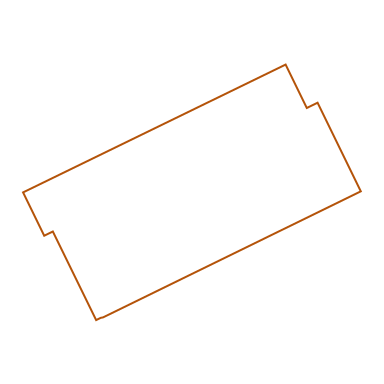 the district of Eddy, North Dakota, United States of America, rotated 154°
{"feature_id": "52423323B20862519958454", "entity_name": "Eddy", "entity_type": "district", "adm_level": 2, "iso_a3": "USA", "parent_name": "United States of America", "parent_adm1": "North Dakota", "projection": "mercator", "projection_center": [-98.866, 47.717], "detail": "fine", "context": "isolated", "style": "outline", "palette": "amber", "viewbox_px": 384, "rotation_deg": 154, "n_neighbors": 0, "source": "geoboundaries", "source_scale": "gbopen_adm2", "svg_char_len": 293}
<svg xmlns="http://www.w3.org/2000/svg" viewBox="0 0 384 384"><g transform="rotate(154 192 192)"><path d="M52.0,265.5L344.0,265.7L344.0,217.5L334.4,217.5L334.3,118.9L329.1,118.9L327.0,118.3L40.0,118.6L40.0,217.2L52.0,217.2L52.0,265.5Z" fill="none" stroke="#b45309" stroke-width="2"/></g></svg>